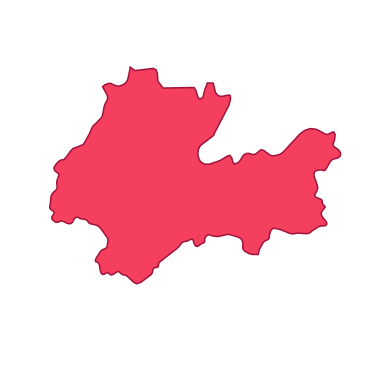 Trento, Albers equal-area conic projection, rotated 23°
{"feature_id": "ITA-5460", "entity_name": "Trento", "entity_type": "Province", "adm_level": 1, "iso_a3": "ITA", "parent_name": "Italy", "parent_adm1": "", "projection": "albers", "projection_center": [11.175, 46.106], "detail": "fine", "context": "isolated", "style": "filled", "palette": "rose", "viewbox_px": 384, "rotation_deg": 23, "n_neighbors": 0, "source": "natural_earth", "source_scale": "10m", "svg_char_len": 4739}
<svg xmlns="http://www.w3.org/2000/svg" viewBox="0 0 384 384"><g transform="rotate(23 192 192)"><path d="M301.4,83.3L302.8,88.1L303.2,93.4L304.8,94.7L309.8,95.8L311.6,96.5L312.9,97.6L313.5,98.2L313.9,98.9L314.3,99.8L314.3,100.8L314.0,102.1L312.9,103.7L312.0,104.5L310.4,105.6L309.2,106.7L308.6,107.4L308.1,108.1L307.7,109.5L307.2,111.4L306.3,119.2L305.9,120.1L305.0,120.8L302.1,121.2L301.3,121.5L297.8,124.0L297.3,124.7L297.0,125.8L297.2,127.4L297.6,128.6L298.1,129.5L304.8,137.0L305.7,138.4L306.1,139.2L306.4,140.0L306.5,141.4L306.2,145.8L306.5,147.2L307.1,148.1L308.0,148.4L309.0,148.4L313.3,148.3L314.2,148.5L315.0,148.9L315.5,149.5L316.2,151.2L316.8,151.8L317.5,152.3L319.3,153.0L320.0,153.3L320.4,153.8L320.5,153.9L319.3,158.3L319.2,159.9L319.3,161.2L319.7,162.0L320.2,162.6L321.5,163.8L327.0,166.8L327.7,167.4L328.2,168.0L328.6,168.9L328.5,169.9L327.9,170.9L326.1,172.0L323.8,173.0L322.8,173.9L321.5,175.3L317.6,181.1L316.9,182.7L316.2,183.7L315.2,184.7L313.0,185.9L305.1,188.6L301.6,191.0L299.8,191.6L297.8,191.9L287.8,192.1L282.0,193.2L281.0,193.7L280.3,194.8L279.6,196.9L279.9,199.8L280.1,201.4L280.9,203.5L281.0,204.5L280.7,205.6L279.8,207.0L278.3,208.5L277.7,209.7L277.1,211.7L276.5,218.4L277.3,223.7L271.7,226.0L268.7,226.4L264.4,226.0L262.5,225.4L261.8,225.0L261.2,224.4L260.7,223.8L260.2,223.0L259.1,219.7L258.1,218.1L256.8,216.9L256.2,216.4L255.4,216.0L254.5,215.7L253.4,215.6L251.2,215.6L242.9,216.5L241.3,217.2L233.1,223.0L228.5,224.3L224.4,224.7L223.5,225.3L222.7,226.2L222.1,228.3L222.0,229.6L222.2,230.7L222.9,232.4L223.0,233.2L222.7,234.2L221.4,235.5L220.4,236.7L219.2,238.8L218.3,239.9L216.9,240.3L216.0,240.0L215.1,239.5L213.8,238.4L213.2,237.8L212.8,237.2L212.4,236.4L211.8,235.8L211.1,235.5L210.3,235.6L209.6,236.1L208.9,236.6L206.7,239.1L203.8,241.0L203.0,242.0L202.3,243.5L201.5,246.7L200.1,250.1L189.6,269.1L189.3,270.0L189.4,271.3L190.0,273.3L189.9,274.2L189.4,275.0L187.5,276.2L186.7,276.7L186.4,277.6L186.4,278.9L187.0,281.9L186.9,282.9L186.8,283.7L180.1,295.3L176.9,298.1L173.7,297.9L164.7,294.7L163.8,294.6L162.8,294.7L161.0,295.1L159.8,295.1L158.3,294.8L156.3,294.0L155.2,294.2L154.4,294.6L152.0,298.2L151.4,298.9L150.8,299.5L150.1,299.9L149.4,300.1L146.3,299.2L145.5,299.5L144.8,300.0L143.8,301.4L143.3,302.0L142.6,302.5L141.7,302.7L140.7,302.6L139.5,301.6L138.0,299.9L135.5,295.7L133.9,294.2L132.6,293.5L130.7,293.8L130.0,293.3L129.6,292.1L129.7,289.8L130.6,284.8L130.6,284.7L130.7,283.7L130.9,282.8L131.2,281.9L131.6,281.0L132.0,280.3L134.3,277.8L134.8,277.1L135.1,276.0L135.0,274.5L134.2,271.9L134.0,270.3L133.0,268.5L132.3,267.4L125.1,263.0L121.8,261.1L119.2,260.1L118.5,260.0L116.9,259.9L111.0,260.9L110.0,260.9L109.2,260.7L106.8,259.4L106.0,259.1L105.0,258.9L104.0,259.0L100.4,260.0L99.4,260.2L96.5,259.9L95.7,260.2L95.1,260.7L94.7,261.5L94.3,262.3L94.1,263.3L93.9,265.4L93.8,266.4L93.5,267.2L93.0,268.0L92.5,268.7L91.7,269.1L90.8,269.4L88.8,269.6L84.4,269.3L83.5,269.5L82.7,269.9L80.3,272.3L79.5,272.7L78.7,273.0L77.8,273.1L76.8,272.9L75.1,272.3L73.5,271.4L72.9,270.7L72.7,269.6L73.3,266.4L73.2,265.2L72.4,264.3L71.4,263.8L68.4,263.1L67.7,262.6L67.2,262.0L66.7,260.7L65.0,254.3L63.9,251.3L63.9,250.0L64.0,248.4L64.8,245.8L66.0,243.3L66.3,242.2L66.2,241.1L65.6,239.5L64.1,236.9L63.8,236.0L63.5,235.1L63.3,234.2L63.1,233.0L63.0,229.5L62.8,228.4L62.6,227.8L62.0,227.3L58.2,226.3L57.4,226.0L56.7,225.5L56.1,224.8L55.7,224.1L55.4,223.2L55.6,221.6L56.0,219.7L57.2,216.2L58.1,214.7L59.0,213.7L61.3,212.3L62.0,210.6L62.8,208.0L64.1,202.1L65.0,199.6L65.8,198.0L67.1,197.0L72.5,191.6L73.0,190.9L73.4,190.1L73.7,188.7L74.8,178.7L74.8,172.0L75.1,170.3L75.4,169.0L77.0,165.8L79.6,158.7L79.6,156.8L79.3,154.2L77.9,148.5L77.6,145.9L77.6,144.0L77.8,143.0L78.0,142.0L78.0,140.9L77.8,138.9L77.5,138.0L75.6,135.6L68.6,130.1L69.8,127.4L73.0,124.5L74.1,123.9L75.1,123.8L79.3,124.0L81.3,123.8L83.0,123.2L83.8,122.8L85.1,121.7L86.9,119.8L87.5,118.9L88.1,117.7L88.5,116.7L88.8,115.6L88.7,112.5L87.2,104.9L86.8,102.9L86.3,101.2L92.1,102.5L107.9,93.4L111.1,93.5L113.5,95.9L117.3,103.3L124.8,107.6L153.1,95.0L155.7,96.8L160.4,102.3L162.8,103.7L165.1,100.6L163.8,92.9L163.5,85.6L169.0,83.5L174.7,91.2L177.3,92.6L179.7,93.0L182.2,92.3L188.2,88.2L189.8,88.6L191.2,91.7L192.1,97.6L189.7,129.5L189.8,131.5L181.6,145.9L181.2,150.5L182.6,154.9L185.0,158.4L187.9,160.7L192.6,161.5L197.1,159.6L205.2,152.4L210.8,144.7L212.6,143.4L215.1,144.9L217.6,148.1L220.2,149.7L223.3,146.6L224.1,143.6L224.5,140.6L225.1,137.7L227.0,135.3L229.0,134.3L233.3,133.7L235.3,132.6L236.9,130.2L237.9,127.8L239.2,126.1L241.6,125.7L250.2,127.6L253.2,126.7L257.3,123.8L259.1,121.7L260.5,119.1L268.6,96.5L271.9,91.0L276.3,87.3L281.9,85.7L293.2,86.6L295.5,84.9L297.3,82.5L299.1,81.3L301.4,83.3Z" fill="#f43f5e" stroke="#9f1239" stroke-width="1.5"/></g></svg>